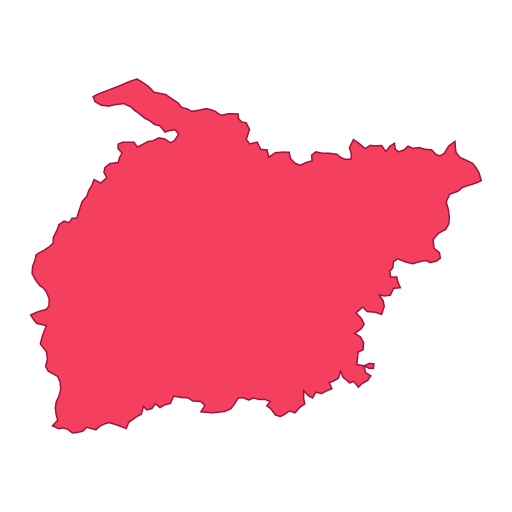 Tamarana, Paraná, Brazil (Mercator projection)
{"feature_id": "56859067B49132852367712", "entity_name": "Tamarana", "entity_type": "district", "adm_level": 2, "iso_a3": "BRA", "parent_name": "Brazil", "parent_adm1": "Paraná", "projection": "mercator", "projection_center": [-51.042, -23.816], "detail": "fine", "context": "isolated", "style": "filled", "palette": "rose", "viewbox_px": 512, "rotation_deg": 0, "n_neighbors": 0, "source": "geoboundaries", "source_scale": "gbopen_adm2", "svg_char_len": 3601}
<svg xmlns="http://www.w3.org/2000/svg" viewBox="0 0 512 512"><path d="M94.0,179.6L91.7,185.8L88.8,190.4L87.0,196.0L82.1,201.7L78.8,211.6L76.7,218.2L72.2,218.2L69.0,222.7L64.1,221.1L59.0,224.6L57.3,229.5L53.3,237.6L53.1,243.1L49.7,246.5L43.4,250.7L39.6,252.6L36.0,254.9L35.3,259.3L32.6,266.4L32.1,273.5L35.5,279.9L39.8,285.6L43.6,288.2L46.5,292.2L49.2,298.9L49.0,306.1L46.1,309.4L38.0,311.7L30.7,314.9L33.7,319.8L36.9,323.5L41.6,324.5L46.3,325.7L42.7,335.0L40.3,343.9L46.5,351.8L47.5,358.7L45.6,366.5L48.3,371.2L57.7,376.4L60.1,382.0L60.7,389.4L59.0,396.0L56.2,402.0L55.3,407.9L56.2,414.8L57.7,420.2L52.4,425.8L58.5,428.6L63.0,428.0L67.3,429.0L72.5,433.0L77.5,432.4L82.7,431.2L86.8,427.3L95.9,429.8L100.3,425.8L104.5,423.9L109.1,422.6L115.9,424.6L126.2,428.5L128.7,422.4L136.5,416.7L141.3,414.2L143.5,406.4L146.7,409.9L151.8,408.6L155.4,403.7L160.0,407.6L164.4,404.9L170.3,403.5L173.7,396.1L181.3,397.5L188.0,397.8L192.8,401.0L200.7,401.5L204.9,405.4L200.9,411.8L212.6,412.8L216.9,412.3L224.6,411.5L230.8,408.8L234.8,403.4L238.2,398.0L243.0,397.7L248.8,400.0L253.3,398.0L259.2,399.4L265.2,399.5L270.2,401.5L266.8,405.9L270.9,408.8L275.4,415.0L280.3,416.5L284.8,414.3L289.3,410.9L295.1,412.8L299.7,407.4L304.8,403.9L303.7,398.8L303.7,390.6L308.2,395.6L312.5,398.0L315.9,392.1L321.3,393.6L326.6,390.9L331.9,388.7L329.2,382.6L334.1,380.8L338.4,378.1L340.6,371.4L343.1,377.4L346.7,380.1L349.7,383.0L353.6,381.3L358.4,387.2L361.8,383.7L367.6,380.5L370.8,375.8L365.5,372.5L364.0,365.8L356.8,364.5L358.2,352.0L363.1,349.8L363.6,342.7L360.5,337.0L354.8,333.3L361.3,328.7L364.1,324.2L361.3,318.3L355.9,312.9L362.9,307.0L367.1,311.6L375.1,312.2L381.6,314.4L384.2,306.5L383.2,300.8L379.1,294.9L384.3,295.9L390.4,295.2L393.5,288.3L400.3,287.7L398.0,282.2L396.7,277.0L390.6,277.2L389.8,271.3L392.8,267.6L393.5,261.7L397.6,258.7L405.0,261.8L412.6,263.7L421.1,261.3L426.0,260.5L430.0,262.6L436.2,261.2L440.3,258.2L439.5,252.7L434.0,248.2L433.1,239.6L438.3,233.4L445.9,229.2L448.8,223.8L449.3,217.2L448.4,209.8L446.2,202.0L449.5,194.3L457.6,191.4L462.6,187.4L467.1,185.8L472.0,184.3L476.8,182.7L481.3,180.6L479.0,172.8L475.6,167.1L472.4,163.2L465.9,160.1L459.9,157.4L456.0,152.4L455.3,146.9L455.0,141.4L448.8,145.9L444.1,153.5L439.8,156.0L435.8,154.3L431.6,149.8L425.3,149.3L419.4,147.6L412.6,148.3L408.1,146.1L404.0,149.9L398.7,151.8L395.3,149.3L394.4,143.3L389.7,146.4L385.9,151.6L381.6,145.5L375.3,145.8L370.1,145.4L365.2,148.6L358.9,143.3L353.5,139.5L349.4,147.7L351.2,153.5L351.2,159.0L345.4,159.4L340.6,157.4L337.1,154.3L329.8,153.3L321.9,153.2L315.9,151.8L311.6,155.2L312.1,160.7L305.8,162.6L300.1,165.3L295.0,163.2L290.4,158.5L289.3,152.3L283.7,152.1L275.3,152.7L268.8,157.2L267.1,149.9L260.8,149.4L257.2,142.2L249.7,143.9L246.3,139.3L249.5,129.4L246.1,122.8L241.7,122.0L238.5,118.6L238.1,113.9L228.5,113.7L220.9,115.4L215.5,111.5L211.1,109.8L206.3,108.6L196.6,110.7L191.4,111.3L187.1,108.8L181.8,107.5L178.2,103.1L170.6,98.0L165.6,94.5L160.0,93.4L154.1,92.3L148.5,86.5L142.3,82.2L137.0,79.0L129.4,81.5L117.9,86.5L98.2,94.0L93.1,96.7L95.1,101.7L101.5,105.3L109.1,106.1L114.4,104.7L123.9,103.6L131.1,107.0L134.1,110.0L138.8,113.3L145.0,118.4L149.6,120.6L154.8,124.6L159.7,125.7L165.1,132.1L169.0,130.7L175.2,129.7L178.6,134.3L174.3,140.8L170.5,142.7L164.7,139.0L158.8,137.8L152.7,141.0L148.2,141.4L141.5,145.0L137.4,147.1L134.0,142.2L122.8,142.2L118.1,144.1L118.0,148.6L122.1,153.2L119.6,157.4L118.3,162.4L109.7,163.7L105.0,167.5L103.9,172.2L106.8,177.6L100.9,183.0L94.0,179.6ZM364.0,365.8L368.8,368.2L373.4,368.5L373.9,363.8L369.7,363.4L364.0,365.8Z" fill="#f43f5e" stroke="#9f1239" stroke-width="1.5"/></svg>